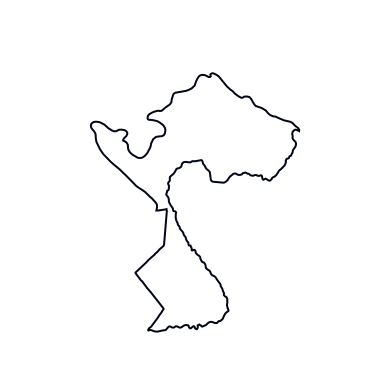 Chicamán, Quiché, Guatemala (orthographic projection), rotated 50°
{"feature_id": "79465075B15638381256287", "entity_name": "Chicamán", "entity_type": "district", "adm_level": 2, "iso_a3": "GTM", "parent_name": "Guatemala", "parent_adm1": "Quiché", "projection": "orthographic", "projection_center": [-90.638, 15.4], "detail": "fine", "context": "isolated", "style": "outline", "palette": "ink", "viewbox_px": 384, "rotation_deg": 50, "n_neighbors": 0, "source": "geoboundaries", "source_scale": "gbopen_adm2", "svg_char_len": 6075}
<svg xmlns="http://www.w3.org/2000/svg" viewBox="0 0 384 384"><g transform="rotate(50 192 192)"><path d="M214.2,70.8L213.3,69.9L211.1,69.6L207.7,70.4L203.4,70.7L200.9,71.9L196.2,75.5L189.3,79.0L188.3,79.3L187.9,79.6L186.2,81.2L183.3,82.6L181.7,83.0L176.9,83.1L172.5,84.6L167.0,87.9L165.4,88.0L162.3,87.6L159.0,86.9L156.8,86.9L156.0,87.1L154.3,88.4L152.8,90.2L152.4,91.1L152.4,92.1L152.1,92.9L151.8,93.3L151.3,93.8L148.8,94.8L144.0,95.9L140.8,96.1L137.9,96.8L133.3,97.4L120.7,97.2L118.0,97.9L115.1,99.2L114.3,99.9L113.8,100.8L113.7,102.1L114.2,102.7L115.4,103.3L115.5,104.3L114.6,105.3L111.2,106.8L110.2,107.5L108.8,108.9L107.9,111.0L107.9,112.5L108.6,114.8L109.7,117.4L112.2,121.7L112.4,125.8L111.6,129.1L110.6,131.7L105.2,141.0L105.0,143.0L105.7,144.4L108.2,148.2L109.9,150.0L110.7,152.5L110.2,158.5L110.3,162.9L109.4,164.5L108.2,165.4L107.7,166.1L106.1,169.6L105.5,171.6L105.0,174.7L105.1,175.8L105.5,177.1L106.8,178.5L107.5,178.9L108.4,178.8L109.2,178.4L110.6,176.8L112.5,175.2L114.1,174.0L116.2,172.7L118.0,172.1L122.3,171.1L125.4,171.5L127.2,172.3L129.5,174.8L130.3,176.9L130.1,178.8L127.1,183.3L126.6,184.6L126.6,187.8L128.5,192.0L130.5,194.5L131.3,195.9L133.5,201.4L133.8,203.3L134.0,205.0L133.9,206.5L133.6,208.3L133.1,209.2L131.7,210.9L130.5,211.7L125.5,213.5L123.5,213.9L121.3,214.0L119.9,213.8L118.5,213.5L117.0,212.6L114.6,210.8L113.7,210.6L111.8,210.4L110.5,210.7L108.6,211.7L108.1,211.5L107.6,210.8L107.2,209.7L106.9,206.3L106.2,204.8L105.7,204.0L104.7,203.4L103.5,203.3L102.3,203.5L101.3,203.9L99.0,205.8L98.0,207.1L97.2,208.4L97.0,209.9L96.5,211.3L95.5,212.6L93.6,213.7L89.2,215.1L85.3,215.6L83.4,216.0L78.8,218.1L76.4,220.4L75.2,222.4L75.0,223.7L75.1,225.4L76.2,226.8L77.4,227.6L78.9,228.0L82.8,228.0L85.2,228.5L86.3,229.1L89.4,231.4L92.2,233.0L100.1,235.0L105.9,235.6L116.2,234.9L121.0,234.2L127.9,232.9L134.3,232.3L135.4,232.1L141.0,231.6L151.9,230.8L157.8,229.1L158.5,228.8L161.6,228.0L164.6,227.6L168.6,227.3L171.0,226.8L177.0,226.6L179.2,227.1L180.5,227.9L181.4,228.8L183.3,231.2L184.4,229.9L188.4,223.3L188.7,222.5L190.4,223.5L211.6,244.5L213.8,246.7L215.0,248.3L215.1,253.8L215.6,256.8L215.6,260.1L215.9,260.5L216.1,269.1L216.6,272.7L217.4,287.0L217.9,287.4L227.1,287.9L228.5,287.6L236.9,288.1L242.5,288.0L263.0,288.7L263.3,288.9L264.8,293.4L265.3,295.8L266.3,298.9L267.2,302.7L267.9,305.2L267.9,305.7L268.9,309.6L268.8,312.7L268.9,313.1L269.6,314.3L270.1,314.4L270.7,312.9L271.1,312.4L271.9,311.8L274.6,310.4L276.3,308.7L276.9,308.0L279.1,303.6L280.3,301.9L280.6,301.1L280.8,300.4L280.7,299.8L280.2,297.1L280.2,296.4L280.4,295.9L281.0,295.1L282.9,294.4L284.0,293.3L284.3,292.5L284.4,290.8L284.7,290.4L285.6,289.7L287.5,288.9L288.6,287.9L288.9,286.6L289.1,284.3L289.4,283.2L290.3,281.8L291.6,280.7L292.1,280.6L293.9,281.3L295.1,281.2L295.3,281.0L295.7,280.3L295.6,277.6L295.7,277.2L296.1,276.9L296.5,276.7L298.3,277.2L298.8,277.2L299.9,276.8L300.2,276.4L299.9,275.4L299.5,274.7L297.9,273.4L297.9,273.0L298.0,272.1L298.2,271.6L299.0,271.5L299.8,271.0L301.1,271.0L301.7,270.7L302.9,266.9L302.7,263.7L303.0,262.0L304.0,260.5L307.1,258.6L308.2,257.3L308.4,256.9L308.4,256.4L308.1,255.3L308.1,254.8L308.3,254.2L308.9,253.6L309.0,253.2L309.0,250.8L308.8,249.7L308.3,248.6L307.7,247.8L306.5,244.7L306.4,242.0L306.6,240.8L306.3,240.3L305.1,239.6L303.5,239.2L301.4,238.1L300.9,237.8L299.6,236.2L296.8,233.9L295.3,233.3L294.7,233.2L293.2,233.8L291.8,233.9L291.2,233.7L290.1,232.5L288.2,232.1L285.6,231.0L282.6,230.5L281.2,229.7L280.3,229.5L275.6,229.2L272.3,228.8L271.2,228.9L269.0,229.9L268.0,230.1L266.6,230.1L265.5,229.5L264.2,229.2L263.6,229.2L261.3,229.9L259.3,230.2L258.7,230.0L257.1,228.9L255.7,228.3L253.7,228.2L253.3,228.4L252.6,229.0L252.1,229.2L249.7,228.8L248.7,228.5L247.1,227.6L246.4,227.5L245.4,227.6L243.8,228.1L241.5,228.3L241.0,228.2L239.8,227.4L238.3,227.2L237.9,227.3L237.5,227.7L237.3,228.5L237.0,229.3L236.7,229.6L236.3,229.6L235.6,228.9L234.7,228.4L232.1,227.6L230.9,228.7L230.5,228.6L229.8,228.3L228.9,227.7L228.4,227.4L225.9,227.3L224.7,227.0L224.1,226.8L222.7,226.0L219.8,225.9L218.2,225.3L217.6,224.9L217.1,224.8L212.2,224.8L211.1,224.1L210.5,223.9L207.9,223.8L206.7,223.0L205.3,222.8L203.4,222.2L200.9,220.8L198.5,218.6L197.4,217.3L196.1,217.3L194.8,218.3L194.4,218.4L192.1,217.2L188.6,216.9L187.9,216.8L187.2,216.5L186.5,216.3L185.3,216.3L184.9,216.1L181.9,214.0L181.1,213.7L177.6,213.4L177.0,213.0L176.0,211.2L175.2,210.4L175.2,210.0L175.4,209.0L175.0,208.2L174.3,207.3L172.7,205.9L172.3,205.6L170.7,205.2L170.1,204.8L169.6,204.2L169.5,203.7L169.3,202.5L168.9,201.6L166.8,199.8L166.5,199.5L166.2,198.7L166.2,195.4L166.0,193.6L165.3,191.4L164.5,189.5L164.4,189.0L164.5,188.3L165.2,187.0L165.6,185.5L165.7,184.1L165.3,183.3L164.6,182.5L163.8,181.2L163.8,179.2L164.8,177.6L165.4,176.9L166.5,176.1L168.1,174.4L168.3,174.0L168.5,172.4L168.7,171.8L169.5,171.0L170.5,169.7L172.3,166.6L173.5,164.4L174.2,164.1L174.7,164.1L175.4,164.3L176.6,165.0L177.4,165.3L180.1,165.4L182.7,166.0L183.5,166.1L186.6,165.5L188.3,165.6L194.2,169.4L194.9,169.8L196.3,169.9L196.8,169.8L197.5,169.4L204.3,162.7L205.1,161.9L205.7,160.7L205.9,158.6L205.6,156.6L204.9,154.6L204.6,152.6L204.7,148.5L204.9,147.9L205.9,146.8L208.6,145.6L209.1,145.1L210.2,143.5L210.5,142.4L210.3,140.9L211.5,138.5L213.8,137.6L214.0,137.2L214.7,136.8L216.8,136.4L218.2,135.4L218.9,134.6L219.3,133.3L220.0,132.2L220.5,131.7L221.4,131.5L222.3,130.8L222.8,130.2L223.5,128.5L224.0,128.2L224.6,128.1L226.3,129.1L227.6,129.6L228.4,129.5L228.7,128.9L228.7,128.2L229.0,127.2L229.3,126.9L232.6,125.8L233.0,125.6L233.4,124.9L233.4,123.1L232.8,121.5L232.7,121.1L232.8,120.5L233.2,119.2L233.3,117.1L232.2,113.1L231.7,112.0L231.6,111.2L231.7,109.3L231.2,104.3L230.8,103.1L229.8,101.4L229.4,100.7L228.3,100.2L227.7,98.9L227.5,98.0L228.0,97.1L228.2,96.1L228.2,95.7L227.4,94.6L227.4,94.0L227.8,93.1L227.7,92.6L227.0,91.4L226.5,89.7L225.5,88.6L224.8,87.6L224.3,85.9L223.9,84.2L223.6,83.5L223.2,82.7L222.0,81.3L220.5,80.6L217.2,80.7L215.9,80.5L215.2,80.2L213.8,78.9L212.5,78.3L211.2,77.1L210.5,75.8L210.4,73.8L210.7,72.7L212.5,71.5L214.2,70.8Z" fill="none" stroke="#020617" stroke-width="2"/></g></svg>